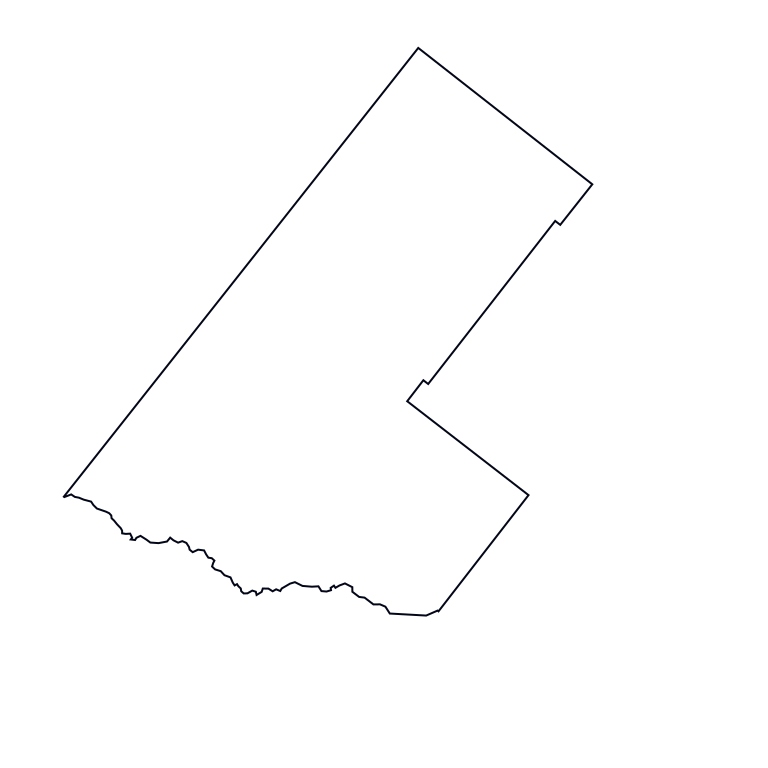 Ziebach, South Dakota, United States of America, rotated 38°
{"feature_id": "52423323B99291223810848", "entity_name": "Ziebach", "entity_type": "district", "adm_level": 2, "iso_a3": "USA", "parent_name": "United States of America", "parent_adm1": "South Dakota", "projection": "orthographic", "projection_center": [-101.612, 44.992], "detail": "fine", "context": "isolated", "style": "outline", "palette": "ink", "viewbox_px": 768, "rotation_deg": 38, "n_neighbors": 0, "source": "geoboundaries", "source_scale": "gbopen_adm2", "svg_char_len": 1387}
<svg xmlns="http://www.w3.org/2000/svg" viewBox="0 0 768 768"><g transform="rotate(38 384 384)"><path d="M202.8,356.5L201.1,669.9L201.7,669.9L205.5,663.6L209.9,663.3L213.6,661.4L218.6,660.0L225.6,657.0L229.5,658.3L234.4,658.9L238.5,657.5L243.4,655.8L247.0,655.0L250.0,655.5L252.0,657.5L255.3,657.8L260.0,658.9L265.4,659.7L267.9,660.8L269.6,662.9L272.8,661.1L276.1,658.2L280.2,660.2L280.2,662.4L283.9,660.2L283.6,657.6L285.6,653.6L292.7,652.9L297.5,652.8L304.3,648.2L310.0,641.7L310.1,636.7L314.3,636.8L319.4,635.8L321.8,632.0L326.1,630.9L330.7,632.5L332.8,634.2L336.8,634.3L339.5,629.0L344.7,625.9L348.8,627.8L352.5,629.0L355.5,627.3L359.1,627.6L359.6,630.2L360.9,633.7L365.0,634.1L370.6,632.0L376.0,632.9L382.1,630.9L387.1,633.6L390.3,634.7L391.4,632.2L393.7,633.0L397.0,633.3L399.1,635.2L402.4,635.4L405.3,633.0L407.4,627.9L410.9,626.6L413.5,628.7L415.6,623.1L414.4,619.8L418.9,616.4L423.9,615.9L425.4,612.2L429.7,611.0L429.3,608.1L432.9,599.1L435.8,595.0L444.1,593.3L452.0,588.1L456.9,583.8L462.2,585.7L466.5,582.9L469.2,579.1L467.5,577.5L468.7,573.7L471.2,574.5L473.0,570.1L476.0,565.2L484.1,563.6L487.0,567.2L495.5,567.1L500.2,564.3L511.4,564.2L516.5,560.1L522.2,558.6L529.9,561.3L559.8,540.5L565.7,529.6L566.9,529.6L566.3,382.6L412.9,383.3L412.7,356.8L418.8,356.8L418.5,150.1L424.9,150.1L425.2,98.4L204.1,98.1L202.8,356.5Z" fill="none" stroke="#020617" stroke-width="2"/></g></svg>